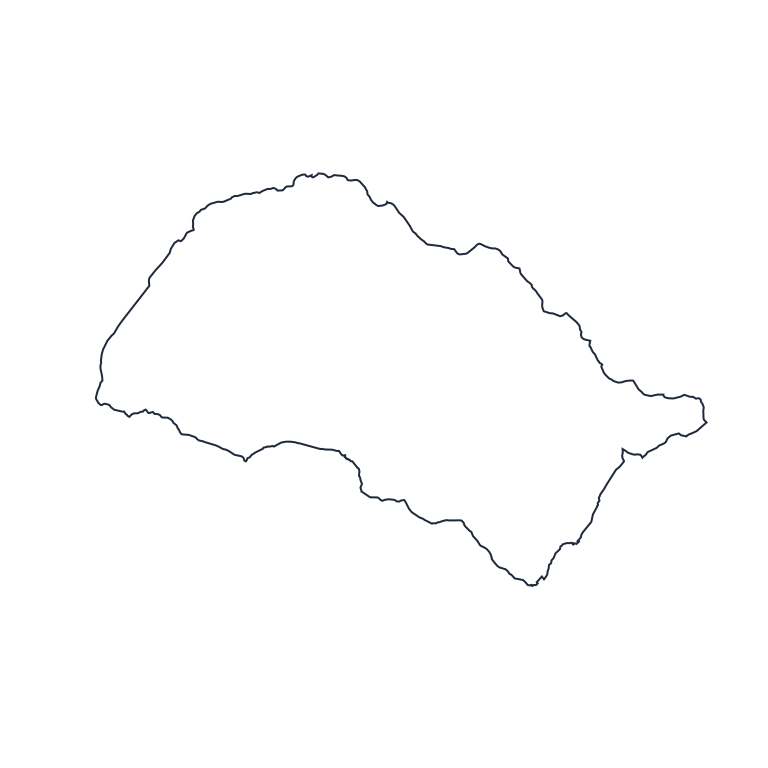 Mateesti, Vâlcea, Romania (Natural Earth projection), rotated 138°
{"feature_id": "2599482B65996963164796", "entity_name": "Mateesti", "entity_type": "district", "adm_level": 2, "iso_a3": "ROU", "parent_name": "Romania", "parent_adm1": "Vâlcea", "projection": "natural_earth1", "projection_center": [23.859, 45.065], "detail": "fine", "context": "isolated", "style": "outline", "palette": "slate", "viewbox_px": 768, "rotation_deg": 138, "n_neighbors": 0, "source": "geoboundaries", "source_scale": "gbopen_adm2", "svg_char_len": 6166}
<svg xmlns="http://www.w3.org/2000/svg" viewBox="0 0 768 768"><g transform="rotate(138 384 384)"><path d="M601.8,570.3L607.3,566.6L608.0,565.4L608.9,561.0L608.6,558.1L607.7,557.2L605.1,556.5L603.6,554.7L602.1,552.1L602.4,549.3L601.7,545.4L596.6,538.1L595.5,537.4L596.1,534.5L595.6,533.4L595.9,532.3L595.3,530.0L591.7,530.2L589.5,529.5L586.4,526.9L583.5,526.2L581.6,524.8L579.6,525.0L578.2,524.4L578.5,520.2L577.9,519.5L574.5,517.9L574.4,515.2L572.2,512.9L571.3,510.8L571.5,508.7L571.2,507.5L567.2,503.6L566.1,500.1L566.0,497.4L566.5,495.8L565.8,492.2L567.0,488.8L567.0,487.3L567.8,484.9L568.1,482.4L567.4,481.3L563.1,476.8L560.1,471.2L559.6,469.3L559.8,468.1L559.2,465.7L556.8,462.5L556.3,461.2L550.5,451.7L548.6,447.7L547.6,444.5L546.4,442.2L545.8,441.7L544.9,439.8L544.0,437.3L542.5,431.5L538.2,425.5L537.8,423.1L539.0,420.5L538.5,419.0L537.4,419.1L535.1,420.2L532.6,419.3L530.3,419.9L525.1,419.1L517.3,416.9L516.3,417.4L513.5,415.8L512.4,415.6L511.7,414.6L508.0,412.2L507.7,411.2L499.4,409.2L495.3,406.6L491.9,403.5L488.6,399.6L487.9,398.1L486.5,396.5L475.3,379.0L474.2,377.7L473.3,377.1L472.2,375.4L466.4,369.8L464.0,366.0L462.2,364.3L462.7,361.1L462.8,358.9L461.7,357.8L461.6,356.8L460.8,357.3L460.5,357.0L460.9,356.6L461.7,356.5L462.1,356.0L461.6,354.4L462.0,354.1L462.0,353.6L461.4,352.5L460.9,352.3L460.9,351.3L460.4,350.9L460.4,348.9L459.3,347.7L459.7,340.1L459.9,339.7L459.4,338.5L459.5,337.8L460.4,335.9L463.9,332.6L464.4,330.5L466.0,327.8L467.2,324.5L470.9,322.7L472.0,320.0L472.7,319.3L470.1,309.1L464.8,304.1L464.3,302.8L464.2,300.5L463.5,298.4L460.5,297.2L457.3,294.9L454.7,292.0L453.5,290.3L453.2,288.4L451.2,286.3L449.5,286.1L446.7,284.4L446.6,284.0L447.0,281.6L448.9,274.6L449.2,270.3L446.9,261.1L445.3,258.0L444.8,255.9L441.8,248.1L440.5,247.6L438.9,245.8L436.8,245.3L435.8,244.5L431.8,242.8L428.6,241.0L427.0,239.1L418.8,231.9L417.7,230.5L417.7,227.5L418.7,225.3L418.9,223.6L418.6,217.7L418.1,215.5L419.6,211.4L419.6,204.6L420.5,200.2L420.2,198.5L418.9,195.5L418.1,192.5L418.1,188.8L418.7,186.0L420.4,182.4L421.0,181.9L421.4,178.3L421.5,173.0L421.0,170.6L417.7,165.1L417.3,161.9L417.8,158.7L417.0,157.2L416.9,152.0L411.9,145.4L411.5,142.2L411.7,138.5L410.6,136.9L408.8,136.1L408.7,135.9L409.2,135.4L408.8,134.6L407.3,134.5L405.7,132.9L403.2,133.0L403.1,134.5L395.5,135.3L395.8,131.8L392.3,132.5L389.7,133.4L388.4,134.9L385.5,136.5L382.4,139.1L379.7,139.0L377.6,140.8L374.3,141.2L369.9,143.4L363.9,143.5L361.5,145.2L360.1,144.9L358.6,145.3L354.8,143.6L352.3,141.3L351.2,140.8L349.8,139.1L349.9,138.6L350.9,138.4L350.9,138.1L348.7,137.7L348.2,137.1L348.0,136.4L343.6,136.5L345.0,137.2L345.2,137.7L340.4,138.3L338.7,139.6L335.8,140.7L322.2,142.8L316.0,147.3L308.7,149.9L306.9,150.8L306.0,150.8L305.3,152.0L304.4,152.7L302.1,153.0L300.4,155.8L298.8,156.2L297.3,157.2L290.7,158.7L286.3,160.2L269.1,165.0L264.0,164.8L257.9,165.8L257.2,166.1L256.4,169.1L255.1,171.3L252.4,173.3L250.2,176.0L249.1,172.3L248.8,170.0L246.8,166.3L245.4,164.1L242.8,162.2L240.9,160.0L240.8,158.8L241.3,156.3L240.1,156.5L237.2,156.2L233.7,157.0L224.2,154.1L220.5,154.1L216.3,152.6L214.4,152.3L213.4,152.3L209.5,153.9L205.3,153.7L198.0,150.0L197.5,147.1L194.3,142.7L193.5,142.9L190.3,142.3L189.0,141.6L183.2,139.8L170.0,139.6L170.2,142.9L169.9,144.0L169.1,145.2L164.7,150.4L162.0,152.7L160.6,156.2L160.3,158.8L159.2,160.4L159.1,161.4L159.4,162.3L160.0,163.2L162.0,164.4L162.8,167.5L165.4,170.1L168.0,175.0L172.0,176.1L178.6,179.6L181.8,182.7L183.6,185.1L184.1,186.2L184.2,187.6L184.0,188.7L183.5,189.2L187.9,193.2L193.7,196.4L197.1,201.0L197.9,202.7L197.9,206.3L198.4,209.7L196.6,219.2L196.7,220.0L198.3,221.5L202.1,224.3L206.7,226.5L209.0,228.3L211.4,232.5L211.9,235.1L213.0,237.5L213.3,243.0L213.0,245.4L211.0,251.3L210.2,251.9L209.0,252.2L208.9,253.6L209.7,255.5L209.3,256.9L209.4,258.4L207.4,264.7L207.4,268.2L205.8,273.5L205.9,274.6L204.9,275.8L201.8,278.1L205.2,283.0L205.8,284.9L205.9,286.4L204.6,289.0L202.5,290.4L201.8,293.4L200.2,295.7L199.7,296.9L199.5,301.0L200.8,311.3L200.9,314.5L201.7,315.1L205.3,315.3L207.8,316.6L211.2,323.4L213.4,325.7L216.6,331.2L215.4,334.3L214.2,336.3L211.0,339.3L210.0,341.0L209.4,348.5L208.9,351.2L209.0,354.5L209.3,354.9L209.1,356.5L209.0,357.4L207.9,358.8L208.1,361.7L208.8,364.5L208.7,373.7L208.3,375.3L206.0,379.2L208.6,382.7L209.1,383.7L209.4,385.5L209.6,392.0L207.9,394.3L209.4,401.0L208.6,405.1L209.1,407.5L210.8,410.6L212.7,412.1L214.9,415.3L216.8,418.9L218.5,423.3L219.5,424.7L221.4,425.2L225.7,425.0L234.6,425.5L236.3,426.2L240.9,429.5L241.8,431.0L242.1,432.6L241.6,437.2L243.7,439.4L245.2,442.1L247.7,445.1L249.8,448.8L258.3,458.5L258.7,460.1L258.8,463.2L259.6,466.8L260.1,472.2L259.8,474.7L260.5,477.8L258.9,484.9L257.6,495.0L258.2,500.9L257.0,509.0L257.1,511.5L258.0,513.9L259.8,516.1L259.9,517.2L261.5,516.3L262.7,516.4L265.6,517.6L269.2,520.1L270.0,522.3L270.2,524.3L270.7,525.8L270.5,529.3L269.4,533.0L269.4,535.9L267.5,538.6L267.1,541.1L266.5,542.4L266.5,550.7L267.1,552.8L268.2,554.4L272.6,557.5L274.2,559.3L274.5,560.3L274.0,562.0L274.1,563.4L274.5,564.8L275.6,566.4L281.4,572.7L284.1,573.2L286.7,574.5L287.3,575.4L287.5,578.0L288.2,580.4L291.8,584.4L293.8,584.1L298.2,584.9L298.8,585.5L299.1,586.9L298.1,587.6L301.1,588.6L302.1,589.4L302.7,590.5L302.4,592.2L303.2,593.2L305.3,594.5L309.6,596.0L311.4,596.1L314.5,595.4L315.5,594.9L317.9,592.7L319.2,592.4L320.3,592.7L323.8,595.6L324.9,596.1L329.1,595.7L330.0,595.9L333.7,599.0L333.8,601.5L335.0,603.7L337.7,604.8L339.9,606.8L345.1,608.7L348.9,609.4L349.7,611.0L350.4,611.7L354.1,613.8L355.7,614.2L360.0,618.4L367.4,621.9L369.1,623.6L372.0,624.5L373.9,624.2L381.3,626.8L383.4,628.4L385.6,630.7L392.4,634.0L395.7,634.6L399.5,634.2L403.5,635.9L406.0,635.5L408.7,636.2L412.3,635.6L416.6,633.4L418.8,630.5L420.9,628.7L421.8,626.4L422.6,625.8L424.8,626.9L429.3,628.3L435.4,626.1L438.6,626.0L439.5,626.1L440.7,628.4L445.6,629.0L452.1,627.0L455.6,624.8L468.0,622.3L477.8,621.4L487.4,619.8L489.6,618.1L492.7,614.0L536.3,606.2L543.1,604.7L551.0,602.2L554.2,602.2L560.7,601.2L569.9,597.5L574.2,594.7L579.1,590.4L580.0,589.0L581.9,587.8L583.5,586.2L584.5,585.0L588.1,578.7L590.9,575.0L594.1,574.5L596.6,572.7L601.8,570.3Z" fill="none" stroke="#1e293b" stroke-width="2"/></g></svg>